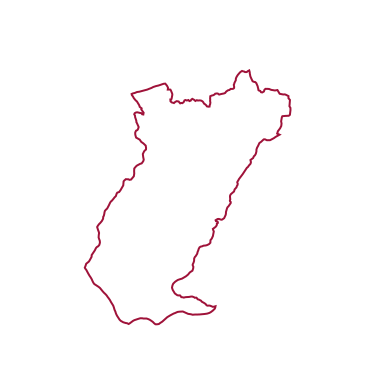 Vitória do Xingu, Pará, Brazil (Robinson projection), rotated 242°
{"feature_id": "56859067B39122810620309", "entity_name": "Vitória do Xingu", "entity_type": "district", "adm_level": 2, "iso_a3": "BRA", "parent_name": "Brazil", "parent_adm1": "Pará", "projection": "robinson", "projection_center": [-51.962, -3.173], "detail": "fine", "context": "isolated", "style": "outline", "palette": "rose", "viewbox_px": 384, "rotation_deg": 242, "n_neighbors": 0, "source": "geoboundaries", "source_scale": "gbopen_adm2", "svg_char_len": 6035}
<svg xmlns="http://www.w3.org/2000/svg" viewBox="0 0 384 384"><g transform="rotate(242 192 192)"><path d="M201.5,296.2L203.6,294.6L204.5,295.6L205.3,296.3L206.9,299.7L208.4,301.8L210.4,303.2L212.6,303.9L215.9,306.5L216.5,307.4L215.2,310.5L213.9,313.2L214.2,314.7L218.1,317.4L220.1,318.4L222.0,318.3L223.5,319.3L227.3,321.7L229.5,321.2L231.4,322.2L233.7,320.6L234.6,319.8L235.3,318.3L236.5,316.8L237.6,315.5L241.9,315.3L242.7,312.9L245.0,309.9L246.9,308.3L248.6,305.3L248.2,303.9L247.0,302.7L246.9,300.8L247.7,299.8L249.2,299.7L250.1,298.8L250.9,298.5L252.1,299.0L253.2,299.2L254.5,299.6L255.7,299.7L257.0,299.8L257.9,299.9L259.3,299.5L260.0,298.6L261.3,297.5L263.8,297.6L266.6,297.8L267.7,298.1L268.5,298.4L269.4,298.6L270.7,299.2L272.5,299.6L272.5,298.0L272.2,296.6L273.0,295.1L273.9,294.6L274.6,293.7L275.4,293.0L275.2,291.0L274.8,289.8L273.9,287.5L272.9,285.7L271.7,284.1L270.1,283.1L268.5,280.8L267.6,280.0L267.0,279.2L265.1,278.6L264.1,278.0L263.8,277.1L264.1,275.9L264.9,274.5L264.5,273.0L264.9,271.4L264.6,269.2L263.9,267.9L264.0,266.5L264.8,263.8L265.3,261.7L266.8,261.0L267.4,260.1L267.9,258.6L267.5,257.6L267.5,256.1L267.9,254.6L268.0,253.1L267.0,252.5L266.1,251.9L264.9,251.4L263.9,250.7L262.5,250.3L261.2,249.4L260.1,248.2L259.2,247.6L259.7,246.4L260.7,245.3L261.8,245.3L263.6,244.6L264.4,244.1L265.9,244.1L267.2,243.8L268.4,243.0L269.3,241.8L270.0,240.1L270.8,239.4L270.8,237.7L272.1,237.3L273.2,236.6L274.1,236.0L273.9,234.7L273.3,233.8L273.5,232.4L274.9,232.0L275.2,230.4L276.3,229.4L276.4,228.4L275.2,226.7L275.0,225.1L275.7,224.3L275.8,223.2L277.0,222.9L278.2,222.7L279.4,221.1L279.4,219.5L279.0,217.8L279.7,217.2L280.3,216.4L281.2,215.9L282.2,215.6L283.8,216.3L283.4,217.1L284.1,217.9L287.1,220.3L288.2,220.7L291.1,221.0L292.5,221.0L293.1,220.1L293.8,218.7L294.6,219.3L295.5,219.8L296.8,219.8L297.7,219.8L299.1,219.5L300.2,219.3L300.8,218.0L301.1,216.5L301.4,214.5L301.8,212.2L302.4,210.0L302.9,207.1L302.9,205.1L303.3,202.0L303.4,200.7L305.3,192.5L305.8,191.2L306.1,190.3L306.3,188.0L306.8,186.0L306.9,184.7L305.8,184.4L304.1,184.7L302.3,184.7L300.6,185.0L299.3,185.3L297.7,185.9L295.5,186.0L294.0,186.1L293.1,186.1L291.7,185.8L289.5,186.8L288.7,186.0L284.7,186.5L283.3,185.4L284.0,184.5L285.4,184.3L286.3,183.1L287.2,182.1L288.0,181.2L288.5,180.0L288.5,178.5L287.8,177.5L286.1,177.5L284.7,176.9L282.2,176.5L280.8,176.2L279.8,175.7L278.5,175.7L275.6,175.5L274.4,175.4L273.0,174.0L272.3,172.8L272.4,171.4L271.3,169.9L269.9,169.1L268.7,168.7L266.3,168.2L262.8,170.4L260.1,170.7L257.7,171.9L254.7,172.9L252.4,172.1L251.1,171.3L250.7,169.5L250.1,168.4L248.6,166.4L245.7,165.3L243.3,164.6L242.3,163.7L241.4,162.1L240.9,160.9L241.2,159.6L241.2,157.5L241.2,155.9L240.9,154.6L239.9,152.1L237.8,150.8L235.3,149.6L233.2,148.0L231.6,144.1L232.1,142.5L233.2,141.7L233.8,140.5L234.4,139.6L233.9,137.5L233.5,136.6L231.5,135.3L230.1,134.4L227.1,129.6L226.2,127.7L226.5,125.7L226.0,124.8L224.1,122.8L223.6,121.0L223.1,120.0L221.9,117.1L221.7,116.0L221.1,114.8L219.3,112.4L217.2,109.3L216.8,107.7L216.2,106.2L215.0,105.1L214.0,104.4L212.4,103.0L211.8,102.0L210.1,100.9L208.7,98.8L207.6,96.1L207.4,95.2L206.5,93.2L205.6,91.8L202.4,91.2L200.8,91.0L199.4,90.7L197.8,89.5L195.7,88.2L194.0,87.9L192.4,87.7L190.8,87.1L189.9,86.4L188.7,85.2L188.1,83.5L188.1,82.4L187.8,81.3L187.2,80.3L186.4,79.3L185.8,78.3L183.4,73.8L181.9,72.9L179.8,69.7L179.0,68.3L178.3,64.9L176.4,62.9L175.5,61.8L174.6,61.8L172.8,62.1L171.4,62.1L169.1,62.1L166.2,62.2L164.5,62.4L163.0,62.5L161.8,62.5L160.8,62.4L159.1,62.3L157.1,62.4L156.3,62.7L152.1,65.0L150.4,65.7L146.3,66.5L144.3,67.0L142.9,67.5L141.1,68.0L139.6,68.2L138.5,68.3L137.6,68.5L135.2,68.8L133.0,68.8L130.0,69.0L128.7,69.1L126.7,68.8L124.3,68.3L122.3,68.2L121.5,68.0L120.2,67.8L118.1,67.7L113.3,68.1L111.7,68.6L109.3,70.1L107.4,72.0L106.7,73.0L105.2,74.1L105.3,75.6L105.9,79.4L105.9,81.0L105.7,82.1L105.3,84.5L104.8,87.1L104.0,88.6L103.1,89.7L102.6,90.6L101.8,92.2L100.9,93.2L99.2,94.6L97.2,95.7L95.5,96.5L94.0,96.9L92.4,97.6L91.7,98.8L91.0,100.7L91.3,102.6L91.5,104.9L93.1,111.4L93.3,115.1L93.3,118.7L93.1,119.9L92.9,122.9L92.2,124.8L90.8,127.8L86.2,131.4L84.6,133.6L83.3,135.0L82.5,136.9L80.5,140.8L78.4,145.8L77.5,148.3L77.1,150.5L77.1,152.1L77.5,154.7L78.3,157.4L79.1,158.3L80.1,159.1L80.4,157.7L80.8,156.5L82.3,155.3L83.3,154.4L83.9,153.4L84.3,152.4L85.1,151.7L86.8,151.4L88.5,150.5L89.7,149.7L90.6,149.1L91.7,149.0L92.7,148.3L93.6,147.7L94.7,146.6L96.0,146.5L96.8,146.1L97.3,144.8L98.3,144.3L99.6,143.1L100.2,141.9L100.7,140.2L101.7,138.0L102.3,136.6L102.6,135.2L103.4,134.4L104.2,133.2L105.3,133.1L106.4,132.8L106.9,131.7L107.7,130.6L109.1,129.9L110.6,129.2L111.5,129.2L114.5,129.0L116.9,129.4L118.7,130.9L119.9,132.4L120.7,135.1L121.0,138.1L120.7,140.1L120.2,142.5L120.4,147.1L121.0,150.0L121.6,151.2L122.1,152.7L122.3,155.4L123.8,157.0L124.6,157.6L125.4,158.1L126.9,158.2L127.7,158.6L128.9,160.2L130.2,161.5L132.3,162.7L133.3,164.1L133.6,165.1L135.1,167.7L135.9,168.3L136.8,169.2L137.3,169.9L138.7,171.3L139.6,172.7L139.7,174.0L139.3,175.4L139.2,177.0L138.5,178.6L138.1,180.0L138.0,181.5L138.0,182.7L138.6,184.4L140.8,185.7L141.6,187.6L142.4,188.6L143.3,189.8L144.7,190.9L146.9,192.7L147.8,192.8L148.7,192.9L149.6,193.1L150.1,196.3L150.6,197.5L151.4,198.6L152.4,199.1L152.6,200.4L153.8,200.7L155.0,199.5L156.0,199.6L156.1,200.6L156.1,202.0L155.6,203.1L153.8,204.8L153.5,205.7L153.8,208.1L156.0,211.0L157.0,211.8L158.4,212.6L161.2,215.3L161.9,216.3L162.2,217.4L164.0,220.9L164.9,221.5L165.8,221.2L166.8,221.5L167.5,222.3L169.0,222.9L170.3,223.5L171.1,224.1L171.8,225.2L172.5,228.2L172.7,229.3L174.3,230.9L175.2,233.4L176.2,234.4L176.9,235.6L177.9,236.3L179.1,236.4L179.8,237.0L180.5,238.3L181.3,239.4L184.0,245.2L187.6,251.8L187.9,253.3L188.7,254.7L189.3,256.6L190.1,257.6L190.8,258.1L192.8,258.6L193.3,261.9L194.5,263.4L194.8,264.7L195.4,265.7L196.0,266.5L196.7,267.1L197.4,267.8L199.3,268.9L200.6,270.3L201.7,272.0L203.0,273.7L203.6,274.5L203.9,276.7L204.8,280.0L204.3,281.1L202.5,282.5L201.1,285.3L201.1,289.5L201.4,291.7L201.5,296.2Z" fill="none" stroke="#9f1239" stroke-width="2"/></g></svg>